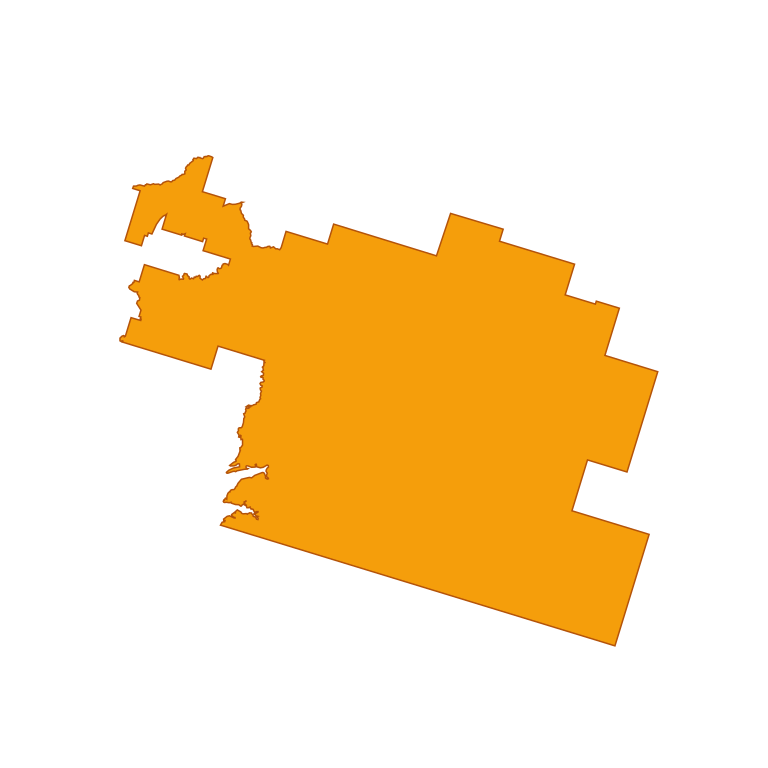 outline of Victoria Daly, Northern Territory, Australia, rotated 287°
{"feature_id": "25037944B16072859725230", "entity_name": "Victoria Daly", "entity_type": "district", "adm_level": 2, "iso_a3": "AUS", "parent_name": "Australia", "parent_adm1": "Northern Territory", "projection": "mercator", "projection_center": [130.631, -15.929], "detail": "fine", "context": "isolated", "style": "filled", "palette": "amber", "viewbox_px": 768, "rotation_deg": 287, "n_neighbors": 0, "source": "geoboundaries", "source_scale": "gbopen_adm2", "svg_char_len": 6148}
<svg xmlns="http://www.w3.org/2000/svg" viewBox="0 0 768 768"><g transform="rotate(287 384 384)"><path d="M201.1,681.4L317.7,681.5L317.7,600.8L370.9,600.8L370.9,642.1L475.8,642.2L475.9,586.9L525.3,586.9L525.3,562.8L522.2,562.8L522.2,531.2L554.3,531.2L554.3,452.7L566.9,452.7L566.6,397.8L521.9,396.7L522.2,289.1L501.3,289.1L501.3,245.7L484.4,245.8L481.9,245.0L482.1,242.4L481.6,241.0L482.9,238.3L480.9,235.6L482.2,234.7L482.2,234.0L481.3,232.3L480.3,231.7L479.9,230.3L478.7,228.6L478.4,226.6L479.0,223.0L477.3,218.8L477.5,218.5L477.3,217.7L478.8,217.4L479.3,216.2L480.3,216.4L481.0,215.3L482.8,214.3L483.6,213.2L485.0,213.0L486.8,213.3L489.2,212.1L490.7,212.6L491.8,211.5L492.9,209.1L496.7,208.0L499.0,206.1L499.7,205.3L499.9,202.9L501.0,202.5L502.5,200.6L504.2,200.2L505.5,197.8L508.2,196.2L508.5,195.4L510.2,195.0L512.1,195.7L514.0,195.6L515.3,194.5L516.5,195.9L516.2,194.3L514.7,193.1L512.4,189.3L511.4,186.4L511.3,183.4L507.0,178.2L514.8,178.2L514.8,154.1L550.5,154.1L550.9,152.8L551.0,149.6L550.6,148.8L549.6,148.1L549.7,147.2L549.1,146.7L548.9,145.6L547.0,145.2L546.5,144.7L546.4,142.2L546.8,141.7L546.4,141.0L546.5,139.8L544.7,138.7L544.4,136.2L542.7,135.7L542.5,136.2L541.9,136.3L538.2,133.7L536.4,133.3L536.0,132.2L535.0,132.1L534.2,131.5L532.3,131.1L530.9,132.2L529.2,131.3L526.8,132.1L525.9,131.1L525.4,129.6L524.4,129.4L523.6,128.2L521.7,127.2L519.7,125.0L517.7,124.2L516.8,122.5L515.3,121.8L514.9,120.7L515.1,118.7L514.5,117.2L512.0,113.9L510.7,113.5L508.9,111.7L509.3,110.1L507.9,106.4L508.1,105.0L506.2,102.4L506.0,98.7L505.0,98.3L504.8,97.6L503.2,97.1L503.0,92.4L502.1,90.6L500.9,89.3L500.0,86.6L497.5,86.5L497.5,94.3L445.3,94.3L445.3,111.6L456.1,111.6L456.1,114.5L459.6,114.5L459.6,118.2L470.2,119.7L476.4,121.7L479.8,123.6L481.0,124.7L481.0,125.2L482.7,126.4L467.2,126.5L467.2,146.8L468.5,146.7L468.5,147.5L468.1,147.9L469.7,150.0L467.2,149.9L467.1,168.9L470.7,168.9L470.8,172.0L458.6,172.0L458.6,200.6L452.1,200.6L452.7,199.4L452.7,196.8L452.4,196.1L451.7,195.1L451.0,195.2L450.2,194.5L447.7,194.6L446.9,194.2L446.1,192.6L446.6,191.5L446.2,191.0L444.4,191.0L442.6,191.9L441.4,193.2L441.1,193.1L440.1,189.8L440.2,187.6L439.5,187.5L439.1,188.4L438.8,188.4L438.1,186.2L436.2,185.0L434.9,185.2L434.4,184.8L434.3,184.0L435.1,182.8L435.0,182.3L432.7,182.4L431.9,180.8L430.4,179.9L431.3,177.2L433.4,176.6L433.9,175.5L432.3,174.3L432.1,172.9L430.9,172.6L430.8,171.3L429.0,171.1L429.0,168.8L427.9,168.2L427.6,167.6L427.9,166.9L429.5,166.3L430.2,164.5L431.6,163.5L431.4,160.9L430.9,160.6L429.3,160.7L428.1,159.8L426.1,161.5L425.5,161.4L425.0,159.1L423.5,157.2L424.3,157.6L425.3,157.1L425.9,157.2L428.0,156.1L428.1,120.0L410.1,120.0L410.1,115.0L408.1,115.1L407.7,114.2L406.7,114.4L404.0,112.5L403.5,111.8L401.8,111.7L400.5,113.1L399.2,118.2L399.9,121.5L398.7,121.4L397.5,122.4L397.0,123.5L395.5,124.3L395.3,125.2L392.6,125.6L391.3,124.0L388.8,123.9L383.6,130.0L377.0,130.0L377.0,131.9L375.0,131.9L375.0,132.8L373.6,132.8L373.5,122.7L354.0,122.7L353.2,121.9L354.1,121.4L354.2,120.8L353.1,119.4L350.7,118.1L348.1,118.9L347.9,119.5L348.9,121.5L348.7,121.7L347.6,121.2L347.6,214.2L371.7,214.2L371.7,262.7L370.8,262.4L369.7,263.8L369.3,263.0L366.3,263.7L364.6,262.8L364.3,263.5L362.9,264.0L362.0,264.7L360.0,263.4L359.1,265.7L357.0,266.1L355.8,264.2L354.9,263.9L354.4,264.6L355.0,265.5L354.7,266.5L353.2,266.9L352.5,268.3L351.8,268.6L350.7,268.0L349.5,265.7L348.2,265.3L346.9,266.4L346.6,268.1L345.2,268.2L344.1,266.8L343.7,266.8L342.2,267.6L341.4,268.9L338.5,268.7L337.3,269.5L334.9,269.4L333.8,270.3L332.9,269.7L330.3,269.5L328.9,267.5L327.3,267.6L325.9,265.3L324.9,264.5L324.5,263.4L323.5,263.3L322.8,262.5L324.3,262.1L324.2,260.6L322.8,259.5L323.2,260.5L322.0,261.8L321.2,261.8L320.7,260.3L321.8,259.7L321.1,259.1L319.1,259.1L317.9,260.0L316.7,259.6L315.7,259.8L314.5,258.5L311.9,260.4L310.9,260.4L310.2,260.0L305.9,260.9L301.6,260.9L300.4,260.2L299.8,258.4L299.2,257.9L298.4,257.8L296.8,258.5L294.9,257.9L292.7,260.3L290.8,260.5L290.8,261.5L292.1,261.1L293.0,261.9L292.6,262.5L291.8,262.4L289.0,263.5L289.7,264.8L289.3,265.0L284.2,266.6L281.1,265.5L280.8,264.8L278.3,265.7L278.4,266.0L272.2,265.6L268.4,264.1L268.0,264.2L267.9,264.9L266.7,265.1L265.2,263.1L261.0,260.2L260.7,261.1L261.9,264.6L263.3,266.4L264.7,267.2L265.3,268.5L265.3,269.1L262.6,270.1L259.7,264.7L256.3,260.9L253.6,259.2L253.1,259.2L252.8,259.7L253.0,260.7L256.2,265.1L256.8,266.4L256.8,267.8L258.0,268.8L261.7,275.6L262.7,278.3L263.3,278.7L263.0,277.2L264.3,276.2L265.4,276.3L265.8,276.8L265.9,278.8L265.6,281.6L266.9,285.1L267.5,285.5L269.2,284.4L270.0,285.1L269.7,285.5L269.1,285.3L268.4,286.2L267.6,286.4L267.7,290.3L269.0,292.8L272.3,295.9L272.2,297.2L270.7,297.8L269.3,296.9L267.4,296.5L266.1,296.7L264.6,298.4L261.5,298.4L260.3,300.0L260.2,300.9L259.6,301.2L258.9,300.2L259.2,298.5L259.6,298.0L260.4,298.0L261.9,297.1L263.6,295.7L264.0,294.6L263.8,293.5L258.8,287.1L255.6,284.9L255.3,282.5L251.2,275.5L246.3,273.4L243.6,273.0L243.5,273.8L243.5,273.0L241.8,272.1L240.6,272.1L239.2,271.4L238.5,269.5L237.4,268.3L235.8,268.2L235.8,267.7L234.0,266.7L231.2,266.5L227.8,267.3L228.4,265.7L226.4,265.2L226.1,266.0L226.3,264.8L224.8,264.6L224.1,265.3L224.1,266.3L224.8,267.8L225.2,270.7L226.2,272.3L225.5,272.6L225.4,273.7L225.3,277.2L226.1,280.4L225.3,282.7L225.6,283.3L227.2,283.9L228.6,285.4L230.3,284.7L231.5,286.2L232.4,285.8L231.5,286.3L230.0,285.0L228.2,286.5L227.7,288.5L227.8,287.0L228.3,286.0L227.7,285.5L227.2,287.9L225.6,289.1L225.9,290.2L227.0,291.7L226.6,291.7L226.8,292.1L225.5,293.5L225.9,293.7L225.8,295.7L224.7,296.3L223.5,298.4L224.6,299.2L225.1,300.8L224.5,300.9L222.5,298.9L221.4,299.0L222.2,297.7L221.8,297.6L220.5,300.6L220.6,302.2L219.8,301.5L218.8,302.9L217.5,303.1L217.4,301.7L219.2,300.0L219.2,297.7L220.3,297.1L221.3,295.4L221.9,295.0L221.4,292.9L220.7,292.6L220.3,291.7L219.5,291.4L219.8,290.1L218.7,287.4L218.7,285.7L219.8,284.5L220.7,280.5L217.5,278.6L217.4,279.6L217.0,280.1L217.4,278.5L214.6,276.4L213.8,276.8L212.6,279.3L212.8,280.5L212.3,280.7L212.1,279.5L212.8,274.8L211.6,272.7L207.9,270.1L206.7,270.6L207.0,271.9L205.7,271.9L205.6,271.3L204.4,269.6L201.2,268.9L201.1,681.4Z" fill="#f59e0b" stroke="#b45309" stroke-width="1.5"/></g></svg>